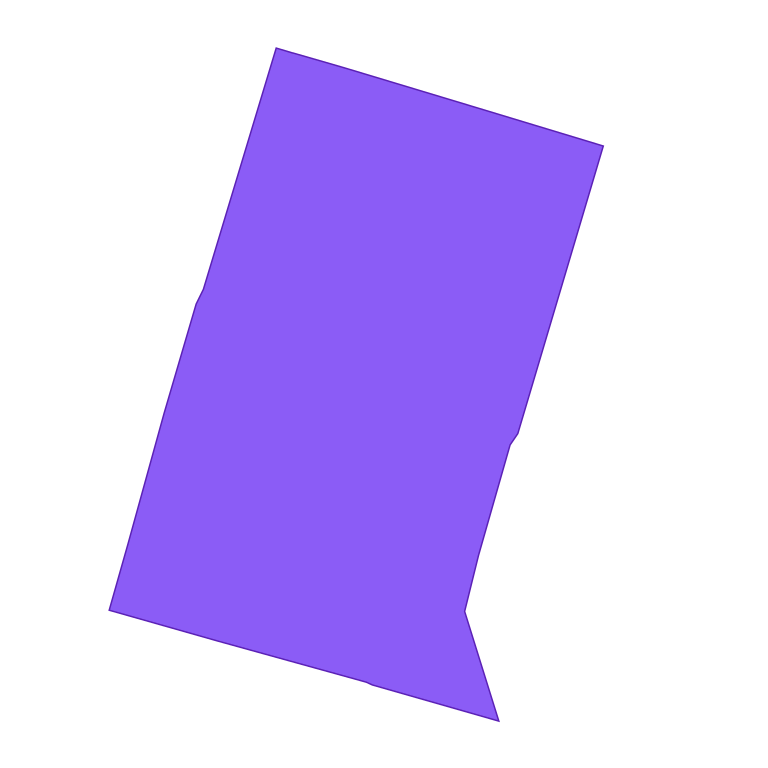 Franklin, Indiana, United States of America (Albers equal-area conic projection), rotated 286°
{"feature_id": "52423323B16028894273840", "entity_name": "Franklin", "entity_type": "district", "adm_level": 2, "iso_a3": "USA", "parent_name": "United States of America", "parent_adm1": "Indiana", "projection": "albers", "projection_center": [-85.059, 39.397], "detail": "fine", "context": "isolated", "style": "filled", "palette": "violet", "viewbox_px": 768, "rotation_deg": 286, "n_neighbors": 0, "source": "geoboundaries", "source_scale": "gbopen_adm2", "svg_char_len": 418}
<svg xmlns="http://www.w3.org/2000/svg" viewBox="0 0 768 768"><g transform="rotate(286 384 384)"><path d="M373.2,526.3L673.2,529.2L673.3,522.5L675.2,392.8L677.0,258.0L677.1,205.1L677.0,204.9L677.2,187.8L425.2,184.3L409.1,181.4L295.4,180.7L159.2,182.0L90.8,182.2L91.1,295.9L92.5,449.1L91.5,455.7L91.6,587.3L187.6,524.2L245.3,522.1L360.2,522.0L373.2,526.3Z" fill="#8b5cf6" stroke="#5b21b6" stroke-width="1.5"/></g></svg>